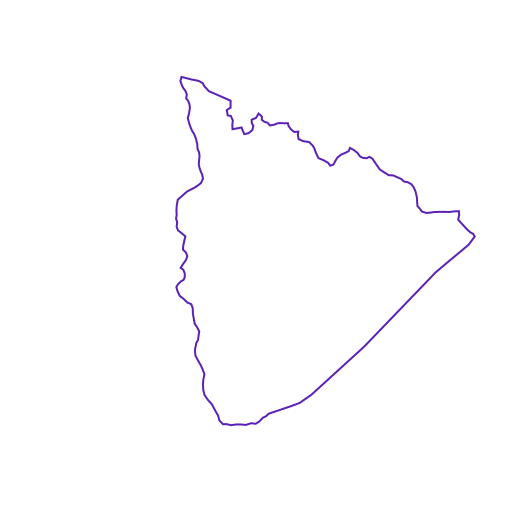 the district of Crisópolis, Bahia, Brazil, rotated 216°
{"feature_id": "56859067B36818450033249", "entity_name": "Crisópolis", "entity_type": "district", "adm_level": 2, "iso_a3": "BRA", "parent_name": "Brazil", "parent_adm1": "Bahia", "projection": "mercator", "projection_center": [-38.126, -11.499], "detail": "fine", "context": "isolated", "style": "outline", "palette": "violet", "viewbox_px": 512, "rotation_deg": 216, "n_neighbors": 0, "source": "geoboundaries", "source_scale": "gbopen_adm2", "svg_char_len": 2728}
<svg xmlns="http://www.w3.org/2000/svg" viewBox="0 0 512 512"><g transform="rotate(216 256 256)"><path d="M421.5,357.1L420.0,353.1L416.2,350.5L413.3,349.0L410.2,348.1L406.9,346.0L405.2,342.5L402.3,341.7L399.4,339.9L396.8,337.4L394.0,332.1L392.3,327.5L388.4,324.3L385.1,322.0L381.3,319.7L378.2,318.5L373.9,315.9L369.1,311.8L366.4,308.4L363.1,306.5L360.5,303.8L358.4,300.2L356.3,296.7L353.5,294.1L350.8,292.2L347.4,290.2L344.4,287.5L343.4,282.6L344.6,278.5L345.9,275.2L347.7,271.6L349.7,267.6L351.1,261.2L352.4,255.6L349.6,249.9L347.0,245.9L344.1,242.3L342.7,239.3L339.6,237.0L337.4,233.0L334.2,230.9L330.6,230.8L324.7,230.4L322.9,226.1L321.0,221.7L318.9,218.3L314.6,217.6L311.4,215.4L310.3,211.7L310.3,207.3L310.0,202.1L306.8,202.2L303.5,200.1L301.1,196.9L300.6,194.0L301.9,191.1L302.5,187.3L302.2,184.1L299.1,181.6L294.3,178.9L289.7,178.8L284.2,178.0L280.1,179.0L276.4,176.5L273.2,172.3L269.4,168.6L265.7,165.1L262.2,163.9L257.6,161.7L255.5,157.5L253.5,153.9L253.2,150.7L251.8,147.6L250.0,143.8L246.3,139.7L241.3,137.3L236.2,135.0L232.2,132.7L228.2,130.0L226.4,125.9L223.6,121.1L219.6,116.3L215.8,113.2L212.8,112.2L209.9,111.2L205.1,110.3L201.7,108.7L197.8,106.8L192.8,104.6L189.0,101.4L183.8,100.5L181.0,102.7L176.8,104.4L173.2,107.9L169.4,110.7L164.9,113.4L161.6,117.9L157.6,120.1L156.1,124.0L155.4,129.2L153.6,132.5L153.1,135.8L139.0,155.7L134.3,162.8L129.6,176.5L115.2,246.4L114.2,253.7L102.4,338.4L101.1,348.2L96.4,367.2L93.2,379.7L90.6,390.1L90.5,400.2L93.4,401.6L96.4,401.1L101.1,401.6L113.8,404.2L115.7,408.6L118.2,411.5L121.5,408.9L125.4,405.3L129.3,402.6L133.7,399.4L137.8,396.2L140.3,393.7L143.4,391.0L147.9,389.5L151.6,390.6L154.7,391.3L156.9,393.8L160.2,397.9L164.8,401.9L168.7,404.2L172.4,405.4L176.5,404.9L180.1,403.2L183.8,403.7L187.6,402.8L192.2,401.9L196.1,399.4L199.6,399.2L202.8,398.9L206.8,398.8L210.5,400.1L215.0,401.7L219.2,403.2L222.6,402.8L224.1,400.0L227.3,398.2L230.4,397.7L234.8,399.1L239.3,399.2L243.5,398.6L242.7,395.3L244.2,392.3L246.8,387.9L248.0,383.4L247.7,379.6L247.1,375.4L249.1,372.7L252.5,373.8L257.6,373.2L263.0,371.9L268.4,374.8L271.6,377.1L274.8,378.6L280.1,379.4L285.2,376.7L290.2,375.6L293.4,378.6L294.9,381.5L298.0,378.8L302.1,379.0L306.1,380.3L308.3,382.2L310.8,380.2L313.8,378.3L316.7,375.9L318.2,373.2L321.5,369.8L324.9,370.6L328.2,369.5L331.3,369.6L333.3,372.3L337.6,372.8L337.2,367.6L339.6,363.7L337.6,361.1L334.6,359.7L333.0,355.8L334.2,350.9L337.2,347.7L340.7,349.8L343.2,351.5L345.8,348.7L349.5,344.8L352.1,348.0L354.4,352.0L358.7,354.5L361.5,353.1L365.4,356.9L363.8,361.2L366.0,364.1L367.8,366.7L384.8,363.0L391.0,361.6L394.0,362.3L397.4,362.9L400.7,364.5L405.1,364.0L408.6,362.5L411.9,360.9L416.2,359.2L421.5,357.1Z" fill="none" stroke="#5b21b6" stroke-width="2"/></g></svg>